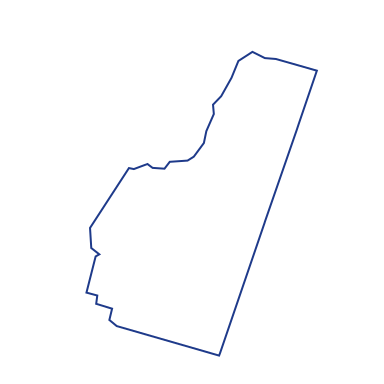 the district of Echols, Georgia, United States of America, rotated 285°
{"feature_id": "52423323B30388068130066", "entity_name": "Echols", "entity_type": "district", "adm_level": 2, "iso_a3": "USA", "parent_name": "United States of America", "parent_adm1": "Georgia", "projection": "robinson", "projection_center": [-82.847, 30.731], "detail": "fine", "context": "isolated", "style": "outline", "palette": "blue", "viewbox_px": 384, "rotation_deg": 285, "n_neighbors": 0, "source": "geoboundaries", "source_scale": "gbopen_adm2", "svg_char_len": 602}
<svg xmlns="http://www.w3.org/2000/svg" viewBox="0 0 384 384"><g transform="rotate(285 192 192)"><path d="M130.9,102.8L111.8,109.2L107.8,118.6L104.8,115.6L67.5,116.1L67.5,127.3L59.2,128.4L58.6,145.0L47.0,145.3L43.0,154.0L41.0,260.5L43.8,260.8L181.2,270.1L182.0,270.1L279.0,277.1L284.1,277.4L284.3,277.4L341.5,281.2L342.2,238.6L340.2,227.7L343.0,214.1L330.6,202.9L312.5,200.6L292.1,195.4L281.8,189.7L273.0,192.9L254.5,190.1L242.4,190.8L226.6,184.6L221.2,179.6L215.4,162.7L207.4,159.4L205.1,147.7L207.5,141.7L199.1,129.9L198.8,124.9L130.9,102.8Z" fill="none" stroke="#1e3a8a" stroke-width="2"/></g></svg>